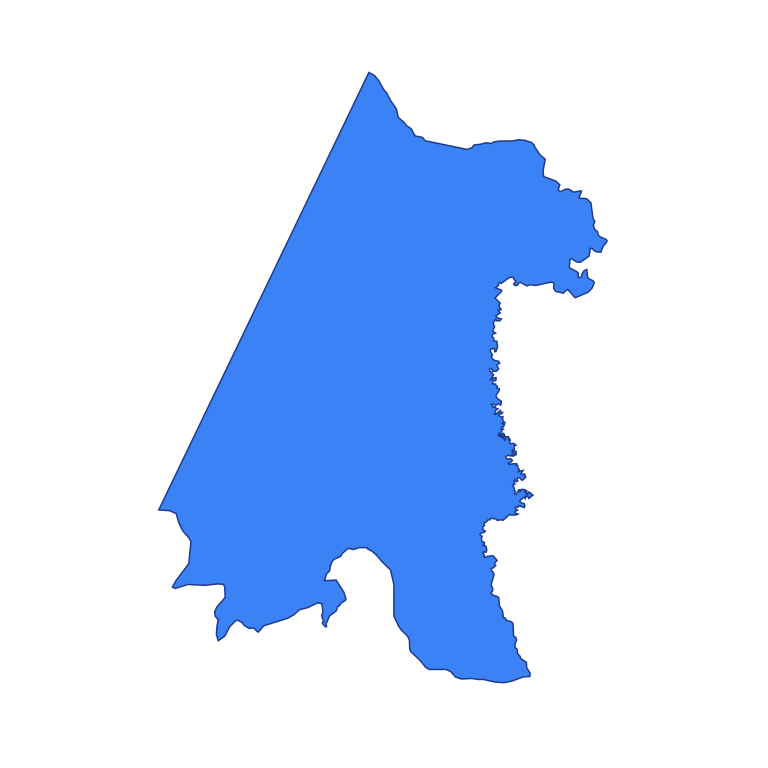 the district of Tarime, Mara, United Republic of Tanzania, rotated 263°
{"feature_id": "72390352B9041864776563", "entity_name": "Tarime", "entity_type": "district", "adm_level": 2, "iso_a3": "TZA", "parent_name": "United Republic of Tanzania", "parent_adm1": "Mara", "projection": "robinson", "projection_center": [34.405, -1.396], "detail": "fine", "context": "isolated", "style": "filled", "palette": "blue", "viewbox_px": 768, "rotation_deg": 263, "n_neighbors": 0, "source": "geoboundaries", "source_scale": "gbopen_adm2", "svg_char_len": 6151}
<svg xmlns="http://www.w3.org/2000/svg" viewBox="0 0 768 768"><g transform="rotate(263 384 384)"><path d="M214.5,464.4L215.5,462.1L219.3,461.9L220.7,462.8L223.2,460.8L224.2,462.0L224.6,465.5L225.7,466.6L227.3,464.4L230.2,464.7L231.5,466.6L232.9,466.2L234.2,466.9L234.2,468.3L236.5,470.6L236.2,472.3L237.7,473.7L236.2,479.1L234.8,479.7L235.0,483.6L234.2,485.5L239.5,493.3L238.4,494.1L238.0,499.2L238.6,501.1L240.0,498.4L241.3,498.4L242.5,501.2L244.7,499.1L246.0,499.7L245.5,502.3L247.0,502.7L244.2,508.2L246.3,509.0L248.4,508.4L249.1,506.1L251.0,504.4L251.7,504.7L254.4,508.6L254.4,509.6L253.1,510.3L255.1,511.0L254.7,513.2L252.7,513.9L256.0,519.0L255.4,516.9L257.4,516.8L259.2,514.5L256.6,512.6L256.8,511.7L259.8,512.5L259.3,511.6L260.1,510.6L260.9,512.0L262.1,510.6L262.6,508.3L262.6,507.5L260.9,506.2L262.5,505.8L262.5,504.5L260.6,504.4L260.6,503.3L258.3,501.6L259.8,500.0L261.6,501.4L262.3,500.4L265.2,500.5L267.8,499.1L268.7,501.8L271.1,500.9L273.0,502.1L271.0,503.0L271.0,504.1L271.4,505.0L273.8,504.5L274.6,505.9L274.4,507.3L271.9,508.9L271.8,510.2L274.3,513.3L275.2,513.3L275.4,512.2L277.3,512.9L277.7,511.5L277.1,510.2L278.2,508.9L281.2,511.5L280.7,506.8L282.6,507.9L284.2,506.8L287.1,506.7L287.1,505.2L288.7,505.9L289.1,501.2L288.7,499.8L289.1,498.3L290.2,497.6L290.7,500.1L292.5,502.1L294.1,501.0L294.6,499.6L294.0,497.2L296.2,495.9L297.2,496.4L298.3,498.6L297.3,500.0L297.2,501.9L298.7,502.6L296.6,503.3L297.7,506.4L298.5,506.7L298.4,505.1L300.6,507.1L302.0,505.1L300.0,503.8L300.2,503.0L301.1,502.8L302.9,503.5L303.4,505.4L306.8,505.6L307.2,507.6L309.3,505.4L309.4,501.8L311.2,501.4L312.8,502.5L314.7,501.7L314.0,500.8L316.6,501.0L316.7,497.7L314.4,497.9L313.5,497.0L314.9,496.7L315.4,495.6L317.0,496.4L316.9,494.0L318.4,491.5L320.0,491.2L321.3,492.5L318.8,492.8L317.4,497.8L320.4,496.8L319.8,494.1L323.2,495.3L324.7,494.5L324.4,496.9L326.8,495.4L327.1,497.5L329.3,498.6L330.3,496.3L331.0,497.0L330.9,499.3L333.5,497.3L337.1,498.0L336.9,496.1L339.3,493.8L340.2,494.3L340.0,497.0L341.3,498.2L341.6,496.6L343.6,496.2L340.1,490.7L340.4,489.9L344.4,491.8L345.3,494.0L346.2,492.3L348.2,491.5L347.4,489.4L350.9,488.3L349.4,493.3L350.6,495.0L348.8,497.1L351.1,498.3L352.6,498.3L355.8,494.7L358.7,493.6L363.8,497.7L365.3,497.9L366.2,495.4L367.9,496.3L369.0,494.9L370.4,494.8L370.9,491.6L373.6,492.5L373.8,495.4L376.6,496.0L376.8,494.1L375.2,491.3L375.3,490.2L379.7,493.9L381.5,492.4L382.6,492.7L382.8,491.2L385.1,490.3L385.9,490.9L386.2,492.6L383.3,493.8L383.1,497.5L385.0,499.7L388.7,498.4L389.7,498.9L390.5,501.4L392.7,500.5L393.6,497.0L396.2,494.3L397.8,494.0L399.5,495.1L404.1,493.3L405.8,494.6L405.8,497.9L402.6,497.8L402.4,498.9L407.0,501.3L412.7,501.2L413.5,498.2L416.4,498.4L418.2,496.8L420.1,497.9L420.9,500.9L423.4,498.2L427.1,500.7L431.4,499.8L434.5,502.6L433.0,503.4L432.6,506.5L434.3,508.4L435.9,504.5L437.8,503.3L440.5,508.0L443.1,506.4L443.7,509.3L447.1,507.5L450.1,509.2L455.8,504.6L461.6,511.9L462.8,512.2L466.0,506.2L467.4,509.1L470.7,510.7L469.6,512.5L474.4,521.5L474.5,524.1L474.1,525.4L471.6,526.0L469.7,527.5L467.6,524.9L465.8,525.8L465.6,528.3L468.2,530.4L468.3,531.7L463.9,537.9L464.8,540.9L463.3,546.4L464.8,562.3L463.4,565.2L458.4,564.0L455.0,565.6L452.3,573.2L453.7,574.4L455.4,577.9L446.4,584.2L446.8,586.1L450.3,597.9L453.7,602.1L458.7,605.0L460.9,604.2L463.7,599.9L465.7,599.1L473.0,599.2L472.1,596.5L469.2,594.0L466.2,593.1L465.8,591.0L466.3,589.7L470.3,590.4L471.6,589.5L476.6,582.5L477.7,582.1L485.6,584.1L485.2,585.8L481.6,590.1L480.9,593.8L486.0,603.2L493.5,605.4L493.2,607.0L490.7,608.9L489.3,611.0L488.4,615.2L494.3,618.5L496.9,621.7L499.0,622.9L500.3,622.2L504.1,616.0L505.6,614.9L509.3,614.4L511.9,611.9L516.3,611.1L519.4,613.1L522.9,611.6L538.5,611.5L543.4,607.6L544.4,601.3L545.2,600.3L551.2,603.5L551.8,602.9L551.3,595.6L555.0,591.1L555.3,588.2L553.4,582.5L555.4,580.5L560.2,582.8L564.4,579.4L570.4,567.8L575.9,567.8L587.4,571.4L592.6,566.7L600.7,562.6L602.7,562.2L605.7,560.0L608.6,553.7L610.1,546.8L609.5,542.0L611.1,527.7L610.8,522.1L609.6,519.9L611.0,514.6L610.2,509.1L610.3,502.5L607.7,499.9L606.8,494.8L620.4,454.6L624.1,452.2L626.4,445.1L634.1,442.1L637.7,437.8L640.9,436.0L646.9,430.6L655.6,429.8L664.9,424.9L672.4,422.2L676.3,419.6L685.6,415.8L691.4,412.1L695.1,407.0L286.5,145.1L284.3,156.0L280.7,161.9L271.4,163.4L262.8,166.3L255.0,171.6L251.0,173.2L229.5,168.3L214.3,153.7L208.3,149.2L206.5,151.7L208.9,165.0L206.0,181.8L205.9,193.9L204.8,200.1L201.9,201.2L191.5,200.3L183.0,190.9L178.6,188.2L174.0,188.2L170.0,190.8L164.8,188.9L156.0,187.1L149.3,188.2L153.4,195.5L161.9,201.2L167.0,207.9L167.3,210.0L166.8,211.4L165.6,212.3L164.7,214.4L163.5,214.4L161.0,216.3L158.8,219.1L157.8,220.6L157.8,225.0L154.0,227.7L153.1,229.2L158.7,235.2L163.3,260.0L165.7,265.9L170.3,272.8L171.3,280.9L174.8,291.4L173.8,295.1L171.8,295.7L164.5,295.5L162.0,293.9L158.3,294.5L156.8,295.6L154.9,293.8L153.7,293.8L150.0,296.4L150.1,297.4L152.8,297.2L160.4,301.7L164.7,309.0L168.4,310.8L170.0,313.5L171.4,314.1L174.1,319.5L175.3,320.1L182.2,318.8L195.4,312.5L195.1,308.5L195.5,308.8L196.1,300.9L202.8,304.1L204.9,307.0L208.1,308.3L210.2,308.1L210.8,309.4L212.1,309.6L215.0,311.8L216.3,313.7L218.1,319.8L221.0,322.1L225.3,328.5L223.4,333.5L224.7,339.6L223.5,347.5L222.2,347.8L219.5,351.7L215.1,355.7L207.4,360.7L198.8,367.7L183.9,369.4L152.7,365.5L142.0,368.9L136.9,371.7L131.0,376.6L126.8,378.0L117.6,377.2L114.9,378.1L105.7,385.8L97.7,390.8L95.2,394.1L93.1,410.9L90.4,415.2L84.4,419.3L81.8,424.8L81.0,435.3L79.1,442.2L78.8,446.1L74.5,458.3L72.9,466.8L73.5,474.6L76.4,486.6L75.9,493.1L79.0,493.8L85.1,491.1L90.5,491.4L94.6,486.4L97.5,485.7L99.8,483.8L104.5,483.8L106.9,481.9L110.7,482.6L113.6,484.4L116.2,484.0L118.3,481.9L130.5,482.9L132.6,481.4L134.6,476.5L136.6,476.1L137.8,474.1L144.2,474.0L149.9,471.5L157.9,471.9L159.8,469.7L160.5,467.1L163.5,464.6L165.7,466.8L168.4,466.9L171.6,465.8L180.9,469.8L182.4,470.0L186.7,467.6L187.7,467.9L188.2,470.1L190.3,472.8L191.3,471.7L192.6,472.1L195.2,474.8L200.3,471.2L200.4,465.7L199.5,463.3L200.1,462.3L201.9,462.9L204.6,461.5L205.3,462.0L204.6,464.9L206.6,465.8L210.6,465.5L211.9,462.6L212.6,463.9L214.5,464.4Z" fill="#3b82f6" stroke="#1e3a8a" stroke-width="1.5"/></g></svg>